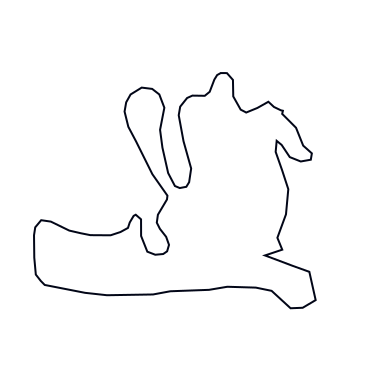 Yangiabad, Sirdaryo, Uzbekistan, rotated 193°
{"feature_id": "79887680B4215620522937", "entity_name": "Yangiabad", "entity_type": "district", "adm_level": 2, "iso_a3": "UZB", "parent_name": "Uzbekistan", "parent_adm1": "Sirdaryo", "projection": "natural_earth1", "projection_center": [68.78, 39.988], "detail": "fine", "context": "isolated", "style": "outline", "palette": "ink", "viewbox_px": 384, "rotation_deg": 193, "n_neighbors": 0, "source": "geoboundaries", "source_scale": "gbopen_adm2", "svg_char_len": 1343}
<svg xmlns="http://www.w3.org/2000/svg" viewBox="0 0 384 384"><g transform="rotate(193 192 192)"><path d="M121.7,291.6L123.8,291.6L131.3,293.3L137.9,297.1L147.2,288.6L157.1,281.6L158.4,282.0L163.1,283.2L173.3,294.4L177.3,310.4L184.7,315.7L190.7,314.4L193.8,311.6L195.5,306.6L197.3,293.6L201.2,288.6L213.3,286.0L217.9,282.5L222.7,272.5L222.2,263.8L211.7,239.6L198.1,214.7L197.0,200.9L198.7,195.8L204.8,193.1L210.0,194.0L219.5,205.1L230.8,228.6L237.1,245.4L237.9,267.9L245.8,279.7L254.0,283.5L264.5,282.4L273.8,273.2L276.3,264.6L275.8,255.2L268.7,241.2L257.8,228.6L234.6,200.4L215.1,182.9L214.7,179.1L220.1,162.2L219.4,154.2L215.0,148.9L207.1,142.5L202.5,135.3L202.9,128.6L206.1,125.1L213.7,122.6L222.1,123.8L231.7,137.7L235.5,153.9L241.7,157.2L243.5,155.6L245.8,148.3L246.3,142.6L252.7,136.9L261.6,131.5L281.3,127.1L291.1,126.8L302.9,126.8L322.9,131.4L332.6,130.6L336.8,122.3L336.2,114.3L330.9,92.5L325.6,76.4L319.3,71.3L314.6,68.3L273.5,69.7L251.6,72.3L236.3,76.1L206.9,83.4L190.8,90.4L153.4,100.5L136.3,107.6L108.3,113.2L92.2,113.6L69.8,100.9L58.1,104.1L47.2,114.5L59.7,140.6L77.3,142.7L106.6,146.6L91.1,156.1L98.5,166.6L95.4,191.4L98.8,216.4L109.1,233.5L119.5,249.9L121.0,260.9L115.2,258.0L104.6,248.0L92.9,246.2L83.5,250.2L83.9,256.6L94.1,262.2L105.1,278.0L121.7,288.4L121.7,291.6Z" fill="none" stroke="#020617" stroke-width="2"/></g></svg>